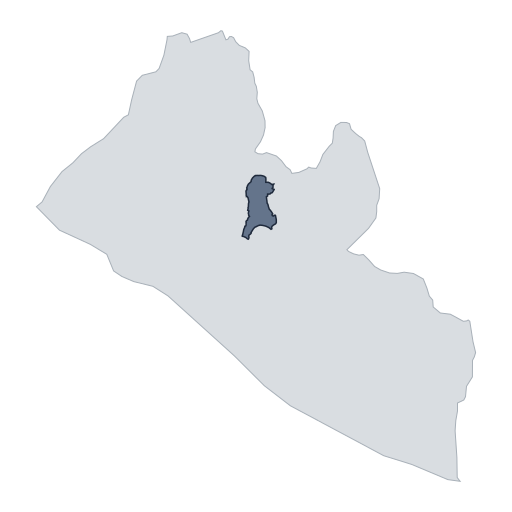 Jorquelleh, Bong, Liberia shown in context
{"feature_id": "62588387B10332133917800", "entity_name": "Jorquelleh", "entity_type": "district", "adm_level": 2, "iso_a3": "LBR", "parent_name": "Liberia", "parent_adm1": "Bong", "projection": "mercator", "projection_center": [-9.438, 6.901], "detail": "fine", "context": "in_parent", "style": "filled", "palette": "slate", "viewbox_px": 512, "rotation_deg": 0, "n_neighbors": 0, "source": "geoboundaries", "source_scale": "gbopen_adm2", "svg_char_len": 4472}
<svg xmlns="http://www.w3.org/2000/svg" viewBox="0 0 512 512"><path d="M36.4,206.7L42.1,201.9L50.4,186.5L62.0,171.6L72.9,162.8L81.5,153.7L90.6,146.8L103.7,138.6L123.7,117.3L128.4,114.8L131.6,100.0L136.6,81.1L142.3,75.3L155.9,71.8L159.1,68.5L163.9,55.2L167.0,39.8L167.3,36.4L172.7,36.0L181.8,32.7L187.1,34.2L189.5,38.6L190.7,42.4L218.5,32.7L220.9,30.7L222.4,31.1L225.9,39.8L227.9,39.2L229.5,36.7L231.4,36.5L233.6,37.7L235.7,41.7L239.3,45.4L245.3,47.9L249.1,51.4L248.7,60.7L250.1,69.8L252.7,71.9L254.1,77.3L254.8,83.2L256.3,86.3L257.3,92.3L256.8,98.7L257.9,103.2L262.3,111.0L265.0,120.8L265.1,127.7L263.5,135.0L260.5,141.7L255.4,149.0L254.9,151.8L258.0,153.7L262.6,154.1L266.5,152.6L276.4,156.0L281.5,160.7L286.0,166.7L290.1,169.7L291.9,173.4L298.9,172.4L307.0,168.8L308.7,167.1L311.1,168.0L316.3,168.4L320.0,161.9L322.9,154.4L329.2,146.3L332.3,143.2L333.1,138.1L333.4,131.4L335.7,125.6L340.9,122.4L346.5,122.5L349.5,123.7L351.1,129.3L355.6,133.5L359.4,136.5L361.5,137.7L364.7,141.0L367.7,152.3L379.7,188.7L379.1,198.7L376.7,205.3L376.7,211.7L375.9,218.0L368.5,228.4L346.9,249.7L348.6,251.5L353.7,253.9L359.0,255.2L363.3,254.5L368.7,259.8L374.6,266.5L380.7,270.0L389.6,273.0L397.4,273.4L404.1,272.2L413.4,273.5L423.3,279.0L426.9,288.1L429.3,296.1L432.7,300.1L433.2,307.0L440.3,313.0L450.3,314.2L463.4,321.3L466.7,320.9L468.2,320.0L469.8,321.3L473.0,341.7L475.6,352.6L474.3,356.9L472.5,360.4L472.4,376.9L466.5,386.3L465.5,396.7L463.8,400.0L457.5,403.0L457.5,411.0L455.8,420.6L455.1,430.8L456.9,457.6L457.2,477.5L460.1,481.3L447.8,479.6L411.6,464.4L383.7,455.7L290.4,405.8L264.4,385.8L234.5,356.0L168.0,295.9L152.9,286.3L133.8,281.6L121.9,276.5L113.6,270.9L106.8,254.3L90.2,244.3L59.5,230.2L36.4,206.7Z" fill="#d9dde1" stroke="#a8b0b8" stroke-width="1"/><path d="M276.3,219.8L276.2,219.1L275.7,216.7L275.6,216.1L275.5,215.5L275.0,215.1L273.9,215.6L273.6,216.0L272.8,215.9L272.3,215.6L272.1,215.0L272.0,214.8L272.7,213.9L272.6,213.7L271.9,212.5L271.6,212.0L270.2,210.1L270.0,209.9L269.3,209.3L269.1,208.6L268.6,207.1L268.5,206.9L268.1,205.1L267.8,204.1L267.2,203.4L267.1,202.6L266.9,201.0L266.9,200.7L266.7,199.6L266.5,197.9L266.4,196.7L267.1,196.3L267.6,196.0L267.6,194.1L269.0,194.1L270.2,193.9L270.4,193.6L270.9,193.0L271.0,192.9L271.8,192.9L272.1,192.7L272.4,192.4L273.5,190.6L274.2,189.5L274.2,189.4L272.2,188.7L272.1,188.3L273.0,187.4L273.0,187.1L273.0,186.4L272.9,185.5L273.0,185.3L273.5,184.6L273.8,184.1L273.7,184.1L271.7,184.5L271.0,183.8L270.0,183.1L268.8,182.5L268.7,182.5L268.3,182.3L266.0,182.3L265.8,182.3L265.8,181.8L265.9,179.1L265.8,178.0L265.7,177.7L265.7,177.4L263.8,176.1L263.2,176.0L261.9,175.6L260.4,175.4L259.9,175.4L259.1,175.5L258.0,175.5L257.0,175.4L256.8,175.4L256.0,175.6L255.7,175.7L255.3,175.5L254.8,175.9L254.2,176.3L253.0,177.5L252.9,177.6L252.5,178.0L251.2,180.2L251.2,180.5L251.1,181.6L249.6,183.0L248.4,184.1L247.5,185.7L247.5,185.8L247.3,186.3L247.1,187.1L246.7,187.8L246.8,188.2L246.8,188.3L247.1,189.0L247.0,189.3L246.8,189.2L246.7,189.6L246.8,189.9L246.2,190.5L246.0,191.2L246.0,191.6L246.1,192.6L246.1,193.1L246.2,193.9L246.2,194.1L246.2,194.3L246.2,195.0L246.2,195.5L246.3,195.6L246.5,195.8L246.4,196.6L247.2,196.6L247.3,196.7L247.4,196.9L247.5,197.1L248.0,197.7L248.1,198.3L248.2,198.5L248.3,199.1L248.8,201.4L249.0,201.9L248.5,203.3L248.5,203.5L248.5,203.8L248.4,204.9L248.4,206.3L248.2,207.2L248.0,207.8L248.2,208.1L247.7,210.3L248.3,210.6L248.7,210.9L248.8,210.9L248.9,211.0L248.5,212.2L248.4,212.9L248.3,213.4L248.6,214.2L248.6,215.2L249.5,216.4L249.4,216.5L248.4,217.5L247.7,218.9L247.6,219.1L247.5,220.1L247.4,220.2L246.7,220.5L246.1,221.2L246.0,221.4L246.3,222.3L246.0,222.8L246.1,223.5L246.1,224.9L245.7,226.0L244.9,226.2L244.6,227.6L243.9,229.1L243.8,229.3L243.5,230.8L243.4,231.5L243.2,232.3L242.8,234.1L242.7,234.6L242.3,235.3L242.3,236.3L243.7,236.5L244.6,237.0L245.0,237.1L245.6,237.4L246.7,238.2L247.4,238.9L248.3,239.2L248.6,238.8L248.9,237.8L249.0,237.1L248.7,236.2L249.0,235.1L249.3,234.9L249.9,234.5L250.2,234.2L250.5,234.0L251.0,233.5L251.2,232.9L251.0,232.6L251.7,231.5L252.5,230.2L252.7,229.9L253.4,228.8L254.5,227.6L255.2,227.0L255.9,226.9L256.0,226.7L257.1,226.2L258.5,225.5L259.5,225.3L259.5,225.2L260.1,225.1L262.7,225.4L265.3,226.0L266.2,226.3L266.6,226.5L267.6,227.0L268.6,227.4L270.0,228.5L271.0,229.3L271.9,228.8L271.8,228.1L271.7,227.6L271.6,227.2L272.0,226.3L272.5,225.9L273.5,225.0L275.3,224.0L275.5,223.9L276.3,222.7L276.3,220.0L276.3,219.8Z" fill="#64748b" stroke="#1e293b" stroke-width="1.5"/></svg>